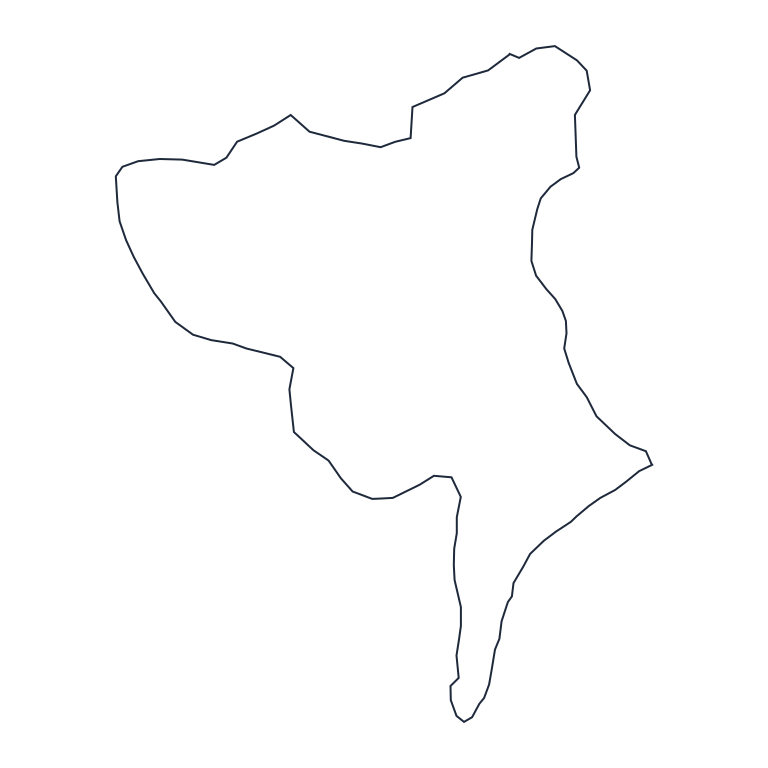 outline of Qubadli District, Qubadli, Azerbaijan
{"feature_id": "54616110B66639423042347", "entity_name": "Qubadli District", "entity_type": "district", "adm_level": 2, "iso_a3": "AZE", "parent_name": "Azerbaijan", "parent_adm1": "Qubadli", "projection": "mercator", "projection_center": [46.641, 39.301], "detail": "fine", "context": "isolated", "style": "outline", "palette": "slate", "viewbox_px": 768, "rotation_deg": 0, "n_neighbors": 0, "source": "geoboundaries", "source_scale": "gbopen_adm2", "svg_char_len": 1568}
<svg xmlns="http://www.w3.org/2000/svg" viewBox="0 0 768 768"><path d="M290.7,115.0L274.1,125.6L256.8,133.5L237.1,141.7L226.4,157.7L214.2,164.9L182.2,159.6L159.7,159.0L138.1,161.2L122.4,166.8L115.8,176.3L117.4,202.4L119.6,221.3L126.1,240.2L133.7,256.8L142.8,273.8L154.3,293.3L160.9,301.5L175.3,321.9L193.0,334.7L211.1,340.1L232.6,343.5L246.4,348.5L280.1,356.8L293.4,368.1L289.4,389.3L290.9,404.5L293.9,432.0L313.4,450.2L328.6,460.6L340.9,478.3L352.6,491.5L372.2,498.9L379.6,498.6L392.8,497.9L419.7,484.7L433.9,475.8L451.5,477.3L460.8,496.9L456.8,517.2L456.8,533.2L454.2,548.7L453.8,565.2L454.6,580.1L460.9,607.1L460.9,625.9L459.0,639.5L456.5,655.5L458.7,677.9L450.5,686.0L450.8,700.2L456.5,715.9L464.0,721.9L472.1,717.2L479.4,703.7L484.1,698.0L489.1,684.5L491.9,668.4L495.0,649.5L499.4,638.8L501.6,621.2L507.9,602.0L511.9,596.4L513.5,583.1L523.5,566.2L530.1,553.9L543.9,540.7L556.1,531.5L570.9,521.8L576.5,516.4L588.7,506.1L600.3,497.9L615.1,490.0L626.0,481.8L639.2,471.1L652.2,464.8L651.3,463.5L645.9,451.2L629.8,445.3L615.1,434.0L596.5,416.3L586.7,397.1L576.9,383.9L568.6,362.7L564.2,348.5L566.5,333.3L565.9,321.0L562.4,311.0L555.2,299.0L546.4,289.2L536.1,275.7L531.4,260.9L532.0,242.7L532.3,229.8L537.3,209.0L540.8,198.3L550.5,186.7L560.8,179.1L573.4,173.1L579.2,167.7L576.4,156.7L574.9,114.9L590.1,90.3L586.7,70.7L576.9,60.3L554.9,46.1L536.3,48.5L519.1,57.9L509.6,53.9L509.1,54.8L488.1,70.4L462.6,77.7L444.4,93.3L412.5,107.0L410.6,138.1L395.2,141.8L380.6,147.2L362.3,143.6L344.1,140.8L309.5,131.7L290.7,115.0Z" fill="none" stroke="#1e293b" stroke-width="2"/></svg>